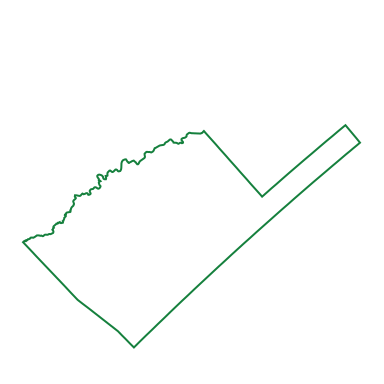 Oklahoma, Albers equal-area conic projection, rotated 137°
{"feature_id": "USA-3533", "entity_name": "Oklahoma", "entity_type": "State", "adm_level": 1, "iso_a3": "USA", "parent_name": "United States of America", "parent_adm1": "", "projection": "albers", "projection_center": [-97.37, 35.324], "detail": "fine", "context": "isolated", "style": "outline", "palette": "green", "viewbox_px": 384, "rotation_deg": 137, "n_neighbors": 0, "source": "natural_earth", "source_scale": "10m", "svg_char_len": 5600}
<svg xmlns="http://www.w3.org/2000/svg" viewBox="0 0 384 384"><g transform="rotate(137 192 192)"><path d="M34.2,136.2L34.5,130.5L34.8,124.9L35.1,119.2L35.5,113.5L39.9,113.7L44.4,114.0L48.9,114.2L53.4,114.5L57.9,114.7L62.4,114.9L66.9,115.1L70.4,115.3L79.8,115.7L88.2,116.1L96.6,116.5L105.0,116.8L113.4,117.1L121.8,117.4L130.2,117.6L138.6,117.9L147.0,118.1L155.4,118.3L163.9,118.5L172.3,118.7L180.7,118.8L189.1,119.0L197.5,119.1L205.9,119.2L214.3,119.2L222.7,119.3L231.1,119.3L239.6,119.3L248.0,119.3L256.4,119.3L264.8,119.2L273.2,119.2L281.6,119.1L290.0,119.0L298.4,118.8L306.9,118.7L315.3,118.5L323.7,118.4L332.1,118.2L340.5,117.9L340.7,123.6L340.8,129.3L341.0,135.0L341.1,140.7L342.1,147.0L343.1,153.3L344.1,159.7L345.1,166.0L346.1,172.3L347.1,178.6L348.2,184.9L349.2,191.2L349.3,201.2L349.3,211.1L349.4,221.0L349.5,230.9L349.6,240.8L349.7,250.7L349.7,260.6L349.8,270.5L349.6,270.5L348.7,270.5L348.0,270.1L348.0,270.4L346.1,269.9L345.6,269.6L345.7,269.3L345.8,269.2L345.0,269.1L344.0,269.3L343.7,268.9L343.3,268.7L342.8,268.5L342.2,268.4L341.5,268.7L341.3,268.7L341.1,268.6L340.7,268.2L340.1,267.9L339.4,266.9L338.9,266.6L338.4,266.6L337.4,266.3L335.0,266.0L333.5,264.6L332.9,263.6L332.7,263.3L332.3,263.1L332.0,263.0L331.8,262.7L331.6,262.0L331.5,261.8L331.3,261.5L331.0,261.3L330.7,261.2L329.4,261.2L328.8,261.1L328.2,260.7L327.0,259.4L326.3,259.0L325.1,258.7L324.9,258.5L324.7,258.2L324.5,257.9L324.1,257.6L321.6,256.8L321.0,257.0L320.3,257.6L320.0,258.2L320.0,259.0L319.8,259.5L319.4,259.3L319.1,259.7L318.9,259.9L318.5,260.0L318.1,260.3L317.7,260.0L317.4,260.0L317.3,260.4L317.3,260.8L317.2,261.0L316.8,261.2L316.5,261.3L313.3,261.2L312.9,261.3L312.7,261.0L312.4,260.8L312.1,260.7L311.8,260.7L311.6,260.8L311.4,261.0L311.2,261.0L311.1,260.8L310.9,260.6L310.9,260.4L309.7,260.4L309.2,260.2L309.5,259.5L309.2,258.8L308.8,258.4L308.3,258.2L307.8,257.8L307.3,257.6L306.9,258.0L306.4,258.9L306.1,258.9L305.5,258.7L305.4,258.8L304.5,259.3L304.1,259.4L303.7,259.6L303.3,259.9L303.1,260.2L302.7,260.2L302.1,260.3L300.9,260.3L300.6,260.6L300.8,261.8L300.4,262.1L300.1,262.0L299.9,261.8L299.7,261.5L299.4,261.6L299.2,261.8L299.0,262.2L297.9,262.4L297.5,262.3L295.3,260.9L294.9,260.5L294.5,260.4L294.0,260.7L293.6,261.1L293.5,261.5L293.2,261.4L292.6,261.8L291.9,262.3L290.7,262.8L290.1,262.9L288.2,262.9L287.8,263.0L287.1,263.5L286.6,263.6L286.3,263.9L285.6,265.5L285.3,266.1L284.6,266.5L283.9,266.6L282.3,266.5L281.3,266.6L281.0,267.0L281.1,267.7L280.8,268.6L279.8,269.4L278.7,268.3L277.6,266.7L276.7,265.6L276.0,265.4L273.4,265.6L273.1,265.5L273.0,265.1L272.9,264.7L272.8,264.3L272.6,264.2L271.7,263.7L270.2,263.3L269.7,262.8L269.5,262.6L269.4,262.4L269.4,262.2L269.4,261.9L269.4,261.7L269.8,260.8L269.7,260.6L269.4,260.3L268.5,259.9L268.0,259.8L267.6,259.8L267.4,259.9L267.2,260.0L267.0,260.4L266.5,261.8L266.4,262.1L266.2,262.4L266.0,262.6L265.7,262.7L265.3,262.8L264.6,262.9L264.2,262.9L263.9,262.8L263.7,262.7L262.7,262.0L262.3,261.8L262.0,261.7L260.6,261.9L260.3,261.9L260.0,261.8L259.8,261.7L259.3,261.2L259.1,260.8L258.9,260.4L258.7,259.1L258.5,258.7L258.3,258.4L258.1,258.2L257.5,258.0L257.2,257.9L256.9,257.9L255.6,258.2L255.4,258.3L255.2,258.4L254.9,258.7L254.9,259.3L254.8,260.4L254.2,261.7L253.7,262.5L252.8,262.7L251.5,262.3L251.5,263.0L251.8,263.3L252.1,263.6L252.3,264.0L252.1,264.3L251.4,264.8L251.2,265.3L251.1,266.6L250.8,267.8L250.1,268.5L248.9,268.5L248.0,268.0L247.3,267.0L246.7,265.8L246.6,264.6L246.7,263.9L247.4,262.7L247.6,262.0L247.5,261.4L247.2,260.9L246.8,260.5L246.3,260.1L246.1,260.3L245.6,260.5L245.4,260.6L245.2,260.8L245.1,261.2L244.4,262.3L244.2,262.6L243.2,261.7L242.8,261.6L242.2,262.0L241.9,262.6L241.7,262.8L241.5,263.0L241.2,263.2L241.0,263.4L240.7,263.6L240.3,263.8L237.8,263.9L237.2,263.5L237.0,262.5L236.9,261.5L236.6,260.9L236.0,260.6L235.2,260.5L232.7,260.6L232.2,260.3L231.8,259.4L231.9,257.7L231.5,257.0L230.1,256.3L228.6,256.8L227.3,257.8L224.0,261.1L222.5,262.0L220.9,262.3L219.3,261.8L218.4,261.3L218.0,260.8L218.1,260.2L218.2,259.9L218.3,259.4L218.5,258.5L218.5,258.0L218.3,257.5L218.5,257.0L218.5,256.5L218.2,256.2L217.8,256.3L216.5,255.8L214.6,255.4L213.2,254.7L213.1,253.2L212.9,252.2L213.1,250.8L213.1,249.6L212.5,249.1L211.6,249.2L209.8,249.9L208.7,250.0L203.6,249.3L202.7,249.6L202.1,250.2L201.6,251.1L201.0,251.8L200.8,252.2L199.9,252.4L198.0,252.4L197.5,252.0L196.2,250.5L195.7,250.2L195.5,249.9L194.9,248.8L194.5,248.6L193.2,248.3L192.8,248.3L191.9,248.4L189.4,249.5L189.0,249.2L184.2,248.1L183.5,247.8L180.7,245.9L179.8,245.7L179.2,245.8L178.6,246.1L177.8,246.2L177.1,246.1L175.6,245.6L174.9,245.5L173.1,245.5L172.3,245.4L171.6,244.8L171.5,244.1L171.5,241.6L171.6,241.1L171.8,240.7L171.1,239.9L170.0,238.8L169.6,238.1L169.4,237.3L169.1,236.6L168.3,236.3L167.6,236.2L167.2,236.1L166.9,236.0L166.6,235.7L166.4,235.3L166.3,235.0L166.2,234.7L165.5,234.2L164.9,234.2L164.5,234.7L164.3,237.0L163.9,237.6L163.4,237.9L162.5,237.8L161.7,237.5L160.3,236.6L158.5,236.3L158.1,236.4L157.8,236.6L157.4,237.1L157.1,237.3L156.4,237.5L154.1,237.3L153.4,237.0L153.0,236.5L152.3,235.4L146.1,229.1L145.7,228.8L144.9,228.7L144.6,228.4L144.0,228.3L142.3,228.5L141.7,228.5L141.7,228.0L141.8,225.9L141.9,220.7L142.0,215.6L142.1,210.4L142.3,205.2L142.4,200.0L142.5,194.9L142.7,189.7L142.8,184.5L142.9,179.3L143.1,174.1L143.2,169.0L143.3,163.8L143.5,158.6L143.6,153.4L143.7,148.2L143.8,143.1L143.9,140.8L143.5,140.8L141.5,140.7L140.3,140.7L136.9,140.6L131.6,140.5L124.7,140.2L116.6,140.0L107.5,139.7L97.8,139.3L87.8,138.9L77.8,138.4L68.1,138.0L59.1,137.6L50.9,137.1L44.1,136.8L38.8,136.5L35.4,136.3L34.2,136.2Z" fill="none" stroke="#15803d" stroke-width="2"/></g></svg>